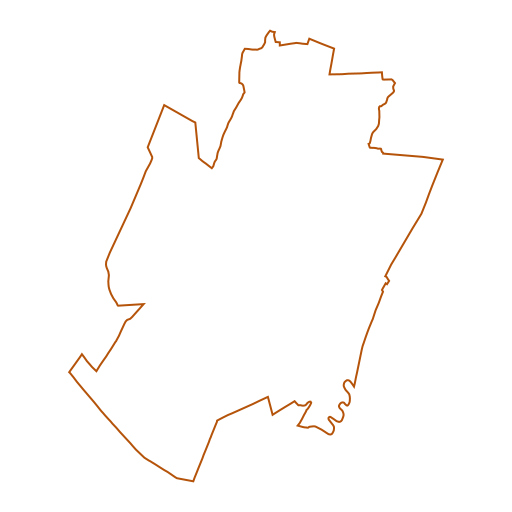 Soc Trang, Sóc Trăng, Vietnam (Equal Earth projection)
{"feature_id": "81297802B1985987011497", "entity_name": "Soc Trang", "entity_type": "district", "adm_level": 2, "iso_a3": "VNM", "parent_name": "Vietnam", "parent_adm1": "Sóc Trăng", "projection": "equal_earth", "projection_center": [105.991, 9.61], "detail": "fine", "context": "isolated", "style": "outline", "palette": "amber", "viewbox_px": 512, "rotation_deg": 0, "n_neighbors": 0, "source": "geoboundaries", "source_scale": "gbopen_adm2", "svg_char_len": 5993}
<svg xmlns="http://www.w3.org/2000/svg" viewBox="0 0 512 512"><path d="M117.3,304.7L118.1,305.7L143.6,304.1L132.1,317.0L130.2,318.8L127.2,319.9L125.7,321.4L124.5,323.6L121.0,331.1L118.9,335.9L116.5,340.3L116.1,341.2L115.5,341.8L110.9,349.2L108.4,352.9L106.1,356.6L104.3,359.1L103.4,360.4L102.9,361.1L100.0,365.3L96.4,371.2L92.1,367.1L90.4,365.1L86.9,361.1L84.1,357.1L81.9,354.2L80.2,356.8L73.9,365.6L70.5,370.3L69.2,372.2L70.1,373.1L73.5,377.3L76.8,381.7L83.8,390.1L87.3,394.2L94.3,402.4L97.7,406.6L101.1,410.9L103.3,413.3L104.9,415.2L108.6,419.3L110.7,421.5L112.4,423.6L116.2,427.6L119.7,431.7L126.7,439.3L130.5,443.4L132.8,446.1L135.8,449.5L144.4,457.7L148.8,460.5L149.8,461.0L155.2,464.3L160.5,467.7L164.3,470.1L167.5,471.9L175.2,477.2L176.9,478.2L193.3,481.3L194.5,477.9L195.8,474.7L197.1,471.5L198.4,468.2L202.4,458.4L203.6,455.0L204.8,452.1L206.2,448.7L208.9,442.0L210.0,438.8L210.6,437.6L211.4,435.4L215.6,425.0L216.9,421.9L217.1,420.6L219.0,419.6L223.4,417.3L228.0,415.0L231.9,413.4L252.9,404.0L259.9,400.6L267.9,396.9L270.2,405.6L272.6,414.8L274.6,413.5L280.0,410.1L285.4,406.8L290.1,404.0L294.6,401.2L296.1,402.9L297.0,403.8L298.1,405.0L298.4,405.2L298.6,405.3L299.6,405.2L300.3,405.2L301.3,405.4L302.1,405.6L303.0,405.7L304.1,405.6L305.5,405.2L306.5,404.2L307.4,403.0L308.8,402.0L309.6,401.7L310.6,401.7L311.2,402.8L310.4,404.6L309.5,406.2L308.4,407.9L307.5,409.1L307.0,409.6L306.5,410.0L306.2,410.9L305.6,412.2L304.0,415.0L302.8,417.4L302.1,418.8L300.8,421.1L299.9,422.8L297.7,425.6L302.4,426.9L304.1,427.3L306.3,427.5L307.3,427.7L308.0,427.7L308.6,427.4L309.1,426.9L309.4,426.8L312.5,426.4L313.8,426.3L314.9,426.4L315.8,426.7L321.5,429.6L325.2,432.0L326.8,433.1L327.4,433.4L328.2,434.0L329.0,434.3L329.7,434.4L330.3,434.5L331.2,434.3L331.8,434.0L332.5,433.1L333.2,431.8L333.7,430.6L333.9,429.7L334.0,428.3L334.0,427.2L333.8,426.5L333.2,425.3L332.4,424.3L330.3,421.6L328.9,419.8L328.5,418.9L328.5,418.0L328.8,417.5L329.2,417.1L329.6,416.9L330.3,416.9L330.9,417.2L331.8,417.8L333.6,419.0L336.5,421.1L337.3,421.4L338.3,421.7L339.0,421.9L339.8,421.8L340.5,421.5L341.2,421.0L341.9,420.1L342.6,418.4L343.2,416.8L343.5,415.7L343.6,414.6L343.4,413.4L343.1,412.4L342.5,411.0L341.8,410.1L340.4,408.8L339.7,408.1L339.3,407.3L339.0,406.5L339.0,405.8L339.3,405.0L339.8,404.2L340.4,403.4L341.2,402.8L342.3,402.4L343.3,402.5L344.1,402.8L345.1,404.1L346.0,404.9L346.5,405.4L347.0,405.5L347.6,405.5L348.3,404.8L349.0,403.6L349.6,402.1L349.8,400.7L349.9,398.6L349.8,396.9L349.5,395.3L349.2,394.2L348.5,393.2L347.4,391.9L346.2,390.6L345.4,389.6L344.3,387.5L343.8,386.2L343.7,385.2L343.9,384.0L344.1,383.1L344.7,382.0L345.8,381.0L346.8,380.3L347.7,380.2L348.4,380.3L349.4,380.7L350.3,381.5L351.2,382.6L352.6,384.5L354.0,386.6L354.8,383.3L356.0,377.2L357.0,372.7L361.8,349.4L362.5,346.5L363.0,344.9L363.6,343.3L364.6,340.3L366.0,336.2L367.4,332.3L368.9,328.3L371.9,321.0L372.8,319.0L375.6,310.3L378.8,302.8L381.1,296.4L383.0,291.7L382.0,290.0L382.8,288.4L385.7,283.3L387.0,284.2L389.1,280.9L387.6,278.7L386.7,277.1L385.8,276.5L385.3,276.3L391.2,264.5L395.3,257.7L412.5,228.4L421.4,213.8L425.9,202.6L429.1,193.8L432.4,185.2L437.8,171.7L442.8,159.6L423.0,156.9L383.2,153.6L383.2,153.0L383.0,152.7L382.5,152.3L382.0,152.0L381.9,151.8L381.3,150.1L381.1,149.0L380.8,148.7L379.7,148.6L378.8,148.7L378.1,148.7L377.7,148.6L376.5,148.2L374.3,147.9L370.7,147.8L370.0,147.7L369.7,147.3L368.6,143.9L369.2,143.7L369.6,143.4L369.9,142.9L370.1,142.1L370.5,140.6L370.7,139.4L371.0,137.9L371.8,135.0L372.2,133.7L372.8,132.7L373.4,131.9L374.4,130.9L376.2,129.1L378.2,126.0L378.6,124.7L378.9,123.7L379.2,119.4L379.4,117.7L379.4,116.4L379.3,111.7L379.3,110.9L379.0,109.6L378.9,108.7L379.1,107.4L379.2,107.0L380.0,106.2L380.8,106.3L381.4,106.1L382.9,104.8L384.7,103.9L385.4,103.4L385.9,102.9L386.3,102.0L387.1,99.7L387.3,98.5L387.6,97.8L387.9,97.2L388.8,96.3L392.9,92.8L393.5,92.1L393.8,91.6L394.0,91.1L394.0,90.6L393.8,90.1L393.3,88.7L393.2,87.5L393.2,86.4L393.5,85.9L394.3,84.3L395.0,83.1L392.6,80.1L391.5,79.4L383.9,79.6L382.9,79.5L382.6,79.2L382.2,76.2L381.9,72.3L378.4,72.5L372.6,72.7L366.8,73.0L361.2,73.4L348.5,73.7L342.1,74.2L329.5,74.4L330.1,70.7L331.5,63.2L332.9,55.2L334.1,48.6L324.5,44.9L319.7,43.0L311.2,39.5L309.3,38.7L307.4,44.1L302.4,43.7L300.0,43.3L296.3,42.9L294.5,43.2L290.8,43.7L279.8,45.5L279.8,42.3L275.7,42.0L274.9,39.1L274.3,36.7L274.1,35.3L274.1,34.7L274.1,34.1L274.8,32.1L272.1,31.7L270.1,30.7L268.9,32.1L266.5,35.5L265.4,37.6L265.1,40.3L265.1,42.3L264.4,43.8L263.8,44.9L263.2,45.8L262.4,47.2L261.9,47.7L261.3,48.2L259.5,48.8L258.0,49.5L257.4,49.7L256.7,49.7L255.7,49.6L252.4,49.6L248.3,49.0L246.8,48.9L244.8,48.8L243.1,51.9L242.6,52.7L242.1,54.3L242.0,55.8L241.3,61.0L240.7,64.0L240.1,67.2L239.7,69.7L239.4,72.3L239.2,82.3L239.3,82.7L239.6,83.0L240.3,83.1L241.2,83.4L241.9,83.8L242.6,84.5L242.9,84.9L243.3,85.7L244.2,90.1L244.5,91.9L244.6,92.3L244.4,92.7L244.2,93.0L243.4,93.9L243.1,94.6L242.8,95.5L242.6,96.1L242.1,97.4L241.7,98.3L240.7,100.0L238.7,102.9L236.1,107.6L233.9,111.1L233.7,111.6L233.4,112.5L232.5,114.9L232.1,116.2L231.7,117.1L231.4,117.7L230.6,119.2L228.8,122.2L228.2,123.4L228.0,124.1L227.6,125.2L227.1,127.0L226.8,127.7L226.1,129.2L225.1,131.1L223.4,134.8L222.6,137.1L221.8,139.8L221.3,141.6L220.8,144.4L220.7,144.9L220.5,146.0L220.1,147.0L219.3,148.9L218.5,150.6L217.9,152.1L217.7,152.8L217.5,153.6L217.4,154.3L217.2,155.3L217.0,156.6L216.7,158.5L216.5,159.1L216.2,159.6L215.9,160.1L215.5,160.6L215.1,161.2L214.7,161.8L214.5,162.4L214.2,163.1L213.4,165.9L213.2,166.4L212.8,166.9L212.5,167.3L211.8,168.2L209.3,166.3L205.9,163.6L204.3,162.5L202.4,161.1L200.3,159.3L198.8,158.1L195.3,122.5L192.4,121.1L164.2,105.1L147.7,147.3L152.2,157.0L152.2,158.3L151.6,160.0L150.1,163.5L145.8,171.2L143.5,177.3L140.8,184.1L130.7,208.0L109.8,252.7L106.2,261.7L106.0,264.5L106.2,266.1L106.8,268.1L108.3,271.6L108.9,275.2L108.3,281.3L108.5,284.7L108.7,286.6L109.0,288.1L109.5,289.9L111.1,294.1L113.4,298.4L116.2,302.3L117.1,304.0L117.3,304.7Z" fill="none" stroke="#b45309" stroke-width="2"/></svg>